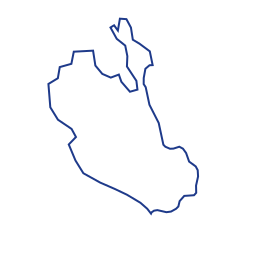 Kasansay, Namangan, Uzbekistan, rotated 144°
{"feature_id": "79887680B51859555841506", "entity_name": "Kasansay", "entity_type": "district", "adm_level": 2, "iso_a3": "UZB", "parent_name": "Uzbekistan", "parent_adm1": "Namangan", "projection": "orthographic", "projection_center": [71.494, 41.166], "detail": "fine", "context": "isolated", "style": "outline", "palette": "blue", "viewbox_px": 256, "rotation_deg": 144, "n_neighbors": 0, "source": "geoboundaries", "source_scale": "gbopen_adm2", "svg_char_len": 972}
<svg xmlns="http://www.w3.org/2000/svg" viewBox="0 0 256 256"><g transform="rotate(144 128 128)"><path d="M65.3,217.0L70.3,221.2L78.9,212.8L78.9,219.3L83.1,219.6L84.7,206.8L81.8,196.3L86.3,186.5L92.7,178.4L93.5,161.2L97.8,153.5L105.1,156.2L106.2,169.3L104.0,176.6L112.3,178.9L117.0,186.9L117.7,197.7L110.8,211.1L127.0,221.6L136.1,213.2L147.4,217.4L155.5,209.5L166.5,210.4L178.7,190.4L179.8,175.9L174.2,160.4L175.4,151.3L185.6,149.5L189.6,132.6L190.7,117.6L182.6,100.2L174.6,86.6L168.1,74.7L161.9,60.2L159.9,51.4L159.7,45.2L158.5,45.9L155.5,45.8L152.5,44.3L146.4,37.3L142.3,35.1L136.6,34.4L133.4,34.9L129.2,38.5L122.4,40.0L114.1,34.8L110.9,35.5L106.8,41.4L99.8,47.6L96.4,52.9L95.8,57.1L98.3,64.9L95.7,73.6L95.7,79.0L97.5,82.7L103.3,84.6L106.2,86.5L108.8,90.9L109.2,93.7L100.2,114.0L97.0,134.2L89.7,150.6L89.5,154.3L85.9,159.2L79.1,165.7L73.7,166.1L71.1,164.4L65.3,177.2L69.1,189.3L72.2,196.6L66.6,207.5L65.3,217.0Z" fill="none" stroke="#1e3a8a" stroke-width="2"/></g></svg>